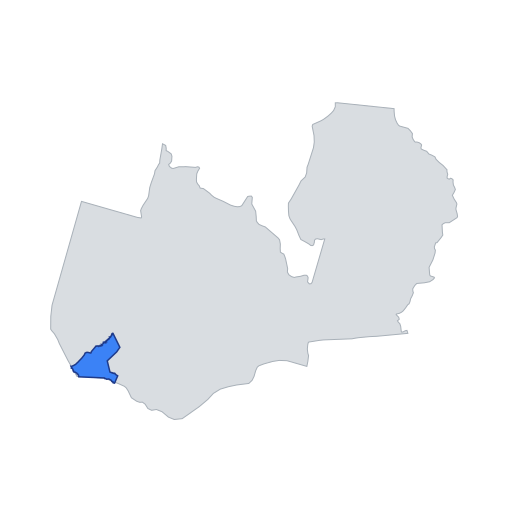 location of Sesheke, Western, Zambia, rotated 16°
{"feature_id": "96606910B16407097160512", "entity_name": "Sesheke", "entity_type": "district", "adm_level": 2, "iso_a3": "ZMB", "parent_name": "Zambia", "parent_adm1": "Western", "projection": "natural_earth1", "projection_center": [23.989, -16.932], "detail": "fine", "context": "in_parent", "style": "filled", "palette": "blue", "viewbox_px": 512, "rotation_deg": 16, "n_neighbors": 0, "source": "geoboundaries", "source_scale": "gbopen_adm2", "svg_char_len": 7072}
<svg xmlns="http://www.w3.org/2000/svg" viewBox="0 0 512 512"><g transform="rotate(16 256 256)"><path d="M335.3,348.1L314.6,348.1L307.0,350.0L300.8,352.9L293.4,357.5L289.1,360.7L287.9,362.4L287.3,366.3L287.3,372.3L286.5,376.6L284.2,380.5L273.0,385.3L265.6,389.2L258.4,393.8L252.9,399.8L249.2,407.2L243.0,416.4L229.9,432.7L222.5,435.7L216.2,435.0L208.6,431.6L202.6,431.0L198.2,433.1L194.1,432.4L190.3,429.0L187.1,427.8L184.6,428.7L181.3,428.5L175.3,426.6L170.2,420.8L167.4,418.4L165.2,417.5L159.0,416.6L144.8,415.2L130.1,418.1L117.1,421.1L103.9,408.1L91.1,394.4L88.4,390.9L83.6,386.3L80.2,384.1L78.8,382.9L75.4,370.7L73.5,359.5L73.2,251.6L131.4,251.6L135.1,251.1L135.3,250.0L132.6,244.2L132.7,242.2L133.5,238.3L136.0,230.5L136.2,227.9L135.0,219.4L135.1,214.6L135.8,205.0L135.4,201.8L136.7,197.5L137.2,194.6L137.8,193.4L137.1,190.1L135.9,178.7L135.2,173.9L138.7,174.6L139.9,177.0L140.6,179.5L142.2,179.7L146.3,181.2L147.7,183.3L148.7,187.9L148.1,190.2L146.8,192.1L148.1,193.8L150.9,194.9L152.5,194.6L157.2,191.5L161.5,190.3L163.7,189.5L173.4,187.5L175.3,186.3L176.6,186.3L177.6,187.2L176.7,190.5L176.4,193.4L177.6,198.8L178.5,201.3L180.5,203.2L182.0,204.1L183.6,206.1L186.9,205.7L194.3,208.5L196.5,209.8L199.6,211.1L201.8,211.5L209.4,212.5L217.5,214.1L221.6,214.2L224.6,213.8L226.7,213.0L227.9,212.1L228.5,211.4L231.6,201.1L233.1,200.3L235.1,199.7L236.3,200.7L237.6,207.2L243.3,213.0L245.3,218.0L246.7,222.2L248.0,223.4L250.2,224.8L253.7,225.3L256.9,225.5L272.5,232.7L274.2,234.0L276.1,237.8L277.2,242.2L278.4,245.6L280.5,246.2L282.2,246.5L284.0,248.8L285.4,250.9L289.9,259.4L290.6,262.8L292.8,265.0L295.8,266.0L298.7,266.1L300.3,265.1L304.3,263.3L307.4,261.3L309.7,260.6L311.0,261.1L312.1,262.5L312.7,266.7L314.9,268.1L316.5,267.5L317.2,265.9L317.2,265.1L317.4,220.7L316.0,221.1L314.2,222.3L310.1,222.5L308.5,223.4L307.9,224.8L308.3,226.7L308.3,229.2L307.7,230.3L305.9,230.8L303.3,229.8L298.5,228.6L294.6,227.8L291.7,224.5L287.9,219.5L285.4,216.9L279.3,211.7L278.3,210.7L276.5,208.2L274.9,204.1L273.4,199.3L272.6,196.2L274.1,191.5L277.7,176.2L278.6,171.4L281.5,166.5L281.8,162.2L280.6,156.6L280.9,153.5L281.4,136.0L280.6,130.4L278.6,124.3L274.2,115.7L274.3,113.9L281.0,108.3L283.1,106.2L286.6,101.7L289.0,97.9L290.5,94.8L291.1,90.7L290.0,86.9L292.3,86.2L348.1,76.3L348.9,78.9L350.6,83.3L352.5,86.5L354.9,89.3L356.9,91.0L358.3,91.5L366.9,91.4L369.9,93.1L372.6,95.2L373.3,98.6L375.0,100.7L376.9,102.3L377.8,102.6L379.2,102.1L381.5,102.1L383.6,102.8L384.6,103.6L384.7,106.4L385.3,107.6L388.2,108.1L391.2,108.3L394.1,110.3L397.1,110.6L400.7,111.4L402.4,113.4L406.2,115.5L410.8,117.4L415.9,120.5L416.0,121.5L416.9,123.3L417.8,124.6L417.8,126.6L418.2,128.4L419.5,128.8L420.6,128.9L421.6,127.6L423.0,127.7L424.5,128.5L425.0,130.6L426.2,133.4L428.0,135.3L429.3,137.1L428.8,140.5L428.0,143.5L430.6,146.5L433.9,149.4L434.8,150.7L435.0,154.9L435.5,156.4L437.7,159.9L438.8,162.3L438.7,163.7L432.6,170.7L428.8,171.8L427.2,173.2L426.2,174.7L428.6,181.7L429.8,184.4L428.7,187.7L426.3,193.3L425.1,193.8L424.9,198.1L425.6,199.7L426.8,200.9L427.3,203.8L427.1,211.0L425.5,219.2L428.2,226.3L429.1,227.1L432.9,227.2L433.6,227.8L432.7,229.8L430.0,232.9L425.1,235.4L418.1,238.1L416.7,240.7L415.7,244.4L416.5,246.6L417.4,247.9L417.1,251.2L416.4,254.6L416.6,257.4L416.3,259.8L415.3,261.0L414.1,264.6L412.6,268.2L411.4,269.9L409.6,271.6L406.9,273.1L406.9,273.8L410.0,275.5L410.8,276.7L411.1,277.5L409.8,279.3L411.2,280.5L412.9,281.4L414.5,283.8L416.4,288.4L416.7,288.9L417.3,288.9L418.3,288.4L420.2,286.6L421.6,285.9L423.3,288.5L394.2,299.9L387.4,302.2L377.2,306.2L373.9,307.7L371.2,309.1L344.2,318.0L340.0,319.7L330.4,324.2L330.1,325.0L330.2,327.0L331.0,331.3L332.6,335.1L334.0,337.3L334.9,343.1L335.3,348.1Z" fill="#d9dde1" stroke="#a8b0b8" stroke-width="1"/><path d="M139.5,369.4L139.6,369.7L139.4,369.8L139.4,370.0L139.4,370.3L139.3,370.6L139.2,370.6L139.3,370.9L139.4,371.1L139.4,371.3L139.2,371.4L139.3,371.4L139.2,371.5L139.2,371.8L139.1,372.0L139.0,372.3L138.9,372.2L138.9,372.3L138.9,372.2L138.9,372.3L138.8,372.5L138.7,372.5L138.8,372.5L138.7,372.7L138.7,372.8L138.7,373.0L138.6,373.3L138.4,373.5L138.2,373.8L138.3,374.0L138.2,374.0L138.0,374.3L137.9,374.3L138.0,374.4L137.8,374.5L137.7,374.8L137.8,374.9L137.9,375.0L137.8,375.3L137.8,375.5L137.6,375.5L137.6,375.4L137.5,375.5L137.4,375.8L137.4,376.0L137.1,376.1L137.0,376.3L136.9,376.5L137.0,376.6L136.9,376.7L136.9,376.8L136.9,376.7L136.9,376.8L136.7,376.9L136.5,377.0L136.4,377.3L136.5,377.4L136.4,377.5L136.5,377.5L136.4,377.6L136.2,377.7L136.1,377.8L136.1,378.0L135.9,378.1L135.8,378.3L135.8,378.6L135.7,378.6L135.4,378.9L135.5,379.0L135.4,379.1L135.5,379.1L135.4,379.3L135.5,379.4L135.4,379.4L135.3,379.5L135.2,379.6L135.1,379.8L134.9,380.0L135.0,379.9L134.9,379.9L134.8,380.0L134.7,380.1L134.8,380.2L134.7,380.2L134.8,380.2L134.8,380.3L134.7,380.3L134.7,380.5L134.8,380.6L134.6,380.6L134.4,380.7L134.4,380.8L134.2,380.8L134.3,380.9L134.2,380.9L134.1,381.0L134.1,380.9L134.1,381.0L133.9,381.1L133.8,381.3L133.7,381.3L133.8,381.4L133.7,381.5L133.3,381.7L133.4,381.8L133.4,382.1L133.2,382.3L132.9,382.8L132.6,383.1L132.5,383.4L132.5,383.5L132.5,383.8L132.4,383.8L132.4,383.7L132.4,383.8L132.3,383.7L132.2,383.7L132.3,383.8L132.2,383.8L132.1,384.1L132.2,384.3L132.1,384.5L132.1,384.8L132.0,385.0L131.9,385.0L131.7,385.1L131.5,385.3L131.4,385.2L131.5,385.2L131.4,385.2L131.2,385.1L130.9,385.2L130.8,385.3L130.7,385.4L130.6,385.5L130.6,385.4L130.5,385.5L130.4,385.6L130.1,385.8L129.9,386.1L129.7,386.0L129.6,385.9L129.4,385.9L129.4,386.1L129.2,386.0L128.6,386.2L128.3,386.2L128.3,386.3L128.1,386.5L127.8,386.6L127.6,386.5L127.3,386.6L127.2,386.8L126.8,386.9L126.7,387.0L126.7,387.3L126.7,387.5L124.1,393.2L124.1,394.6L123.9,394.8L123.6,394.9L123.1,394.9L120.8,395.0L120.4,395.2L120.1,395.2L119.9,395.4L119.7,395.4L119.2,395.7L119.0,396.1L118.5,396.4L118.2,398.5L117.5,400.2L117.1,401.1L116.8,402.0L116.5,402.4L115.9,403.7L115.6,404.2L114.8,405.7L114.2,407.0L113.7,407.7L112.7,409.5L112.2,410.2L111.7,410.6L111.4,411.0L109.0,413.1L108.6,413.1L109.2,413.9L109.9,414.3L109.6,414.7L110.8,415.0L111.3,415.5L111.4,415.9L111.8,416.2L111.8,416.6L112.3,416.8L112.2,417.1L112.9,417.7L114.2,417.5L114.3,417.7L115.8,417.9L116.1,418.0L116.3,418.4L116.5,418.7L117.1,418.6L117.4,418.7L117.5,418.8L117.6,419.1L117.8,419.3L118.1,419.4L118.2,419.5L118.4,419.9L118.7,420.7L118.9,421.0L143.9,415.0L144.0,415.0L144.4,415.5L144.7,415.6L144.9,415.4L145.3,415.3L145.8,415.4L146.2,415.6L146.5,415.6L147.3,415.2L147.8,415.1L148.1,414.9L148.3,414.8L149.0,414.9L149.6,415.1L150.3,415.2L150.5,415.2L151.0,415.4L151.7,416.1L151.9,416.3L152.1,416.4L152.5,416.5L152.8,416.2L153.0,416.2L153.4,416.6L153.4,417.1L153.5,417.2L153.6,417.3L153.9,417.3L154.4,417.2L155.1,417.2L156.1,409.3L155.9,409.2L155.4,409.1L154.3,408.8L154.0,408.6L153.8,408.6L153.6,408.4L153.4,408.4L153.2,408.1L152.9,407.9L152.9,408.0L152.5,407.9L152.3,407.9L151.7,408.1L151.1,408.1L150.9,407.9L150.8,408.0L150.6,408.1L150.0,407.8L149.3,408.0L149.0,408.0L148.7,407.8L147.8,407.9L147.6,407.8L141.9,397.8L148.5,386.6L150.3,381.3L139.5,369.4Z" fill="#3b82f6" stroke="#1e3a8a" stroke-width="1.5"/></g></svg>